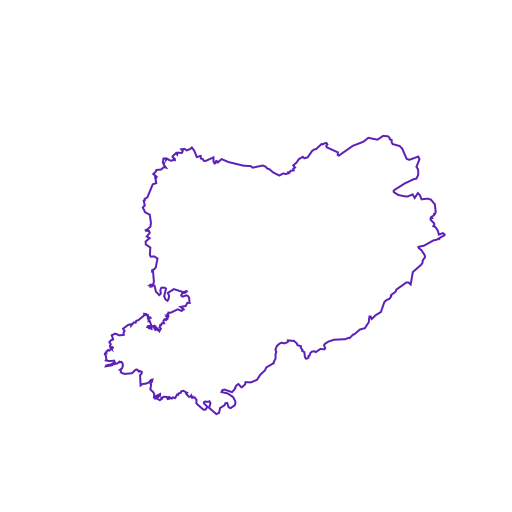 outline of Chuadanga, Khulna, Bangladesh, rotated 42°
{"feature_id": "16705992B19758630986204", "entity_name": "Chuadanga", "entity_type": "district", "adm_level": 2, "iso_a3": "BGD", "parent_name": "Bangladesh", "parent_adm1": "Khulna", "projection": "orthographic", "projection_center": [88.863, 23.601], "detail": "fine", "context": "isolated", "style": "outline", "palette": "violet", "viewbox_px": 512, "rotation_deg": 42, "n_neighbors": 0, "source": "geoboundaries", "source_scale": "gbopen_adm2", "svg_char_len": 6128}
<svg xmlns="http://www.w3.org/2000/svg" viewBox="0 0 512 512"><g transform="rotate(42 256 256)"><path d="M390.0,173.7L383.3,163.0L384.6,151.8L384.3,149.7L382.9,147.8L382.4,143.8L380.8,142.5L375.1,141.0L371.5,141.2L370.6,140.5L373.9,136.0L377.5,125.5L379.4,123.0L380.0,120.8L380.7,120.8L380.6,118.8L382.2,114.7L381.7,113.7L379.5,114.0L377.6,117.7L373.9,115.4L369.7,114.4L367.9,115.2L367.3,113.0L366.1,112.5L361.6,112.3L360.6,111.1L361.5,110.0L360.2,109.7L361.0,106.4L360.2,105.6L360.9,104.6L359.8,102.8L354.3,97.9L348.2,97.1L345.2,98.5L341.1,103.1L337.1,101.2L334.2,100.9L335.1,106.7L331.2,105.4L328.8,110.4L326.2,112.4L320.8,115.5L315.7,116.3L314.7,115.6L314.9,113.5L318.0,102.5L321.9,93.1L323.4,91.4L322.4,87.5L320.9,85.6L318.7,83.3L315.5,82.3L312.8,74.8L310.1,73.5L305.6,81.9L302.9,83.0L292.9,78.4L289.0,78.2L282.7,81.4L280.7,80.7L279.2,79.0L277.3,79.7L276.2,78.8L273.9,78.8L270.1,81.7L268.4,88.3L260.4,93.0L259.4,99.1L254.2,109.4L250.4,126.0L249.2,126.3L247.5,124.2L235.8,127.9L234.4,127.0L234.4,125.3L233.1,124.9L232.1,125.3L230.7,128.6L229.8,128.8L229.1,136.4L227.9,138.0L227.4,140.6L228.4,148.1L226.5,151.0L224.4,151.0L223.0,155.5L223.6,159.3L223.1,163.8L225.8,164.1L225.3,166.2L226.7,167.1L224.7,169.6L225.1,171.6L223.9,172.2L224.6,173.2L222.9,175.5L221.0,176.4L219.5,180.6L213.0,182.4L207.8,182.6L205.6,183.5L203.2,183.2L200.4,184.3L194.4,192.6L192.0,192.7L186.2,197.3L172.7,204.6L165.6,207.0L165.1,212.0L163.3,211.6L162.8,212.5L163.7,213.9L163.3,215.0L161.3,214.3L158.4,211.2L154.9,219.2L153.4,220.2L151.7,219.6L149.8,220.4L147.9,218.7L145.8,222.1L139.7,219.1L135.7,218.3L135.6,220.2L134.0,223.8L131.1,224.3L129.1,226.7L131.3,226.9L132.0,228.9L128.5,231.8L129.5,233.3L127.7,233.1L127.3,237.6L128.0,238.3L130.8,238.2L131.6,239.1L130.1,239.9L129.8,241.3L128.4,242.5L124.8,243.2L124.9,245.0L123.6,243.9L122.0,245.5L124.3,248.9L125.5,248.2L126.1,249.8L129.9,250.6L128.1,251.5L127.6,255.3L124.4,258.7L125.1,260.4L124.8,263.8L129.2,263.6L129.6,264.8L128.2,264.8L133.1,268.6L131.3,271.8L136.0,285.0L135.1,288.3L136.0,289.0L135.6,290.0L139.5,292.9L139.4,295.7L144.4,297.7L149.4,296.4L155.6,301.5L157.8,304.6L157.7,308.3L156.7,310.6L157.3,310.9L159.8,309.0L161.5,309.8L161.8,314.6L165.0,313.9L164.3,319.1L166.4,321.2L171.8,320.4L176.4,326.2L178.2,326.9L180.7,324.4L184.5,323.8L189.1,331.4L189.2,334.1L188.3,336.1L189.3,337.2L190.0,336.5L197.5,343.6L198.7,346.3L196.8,347.9L196.6,348.9L198.2,347.7L197.6,349.0L198.1,349.5L199.1,348.1L199.1,346.5L200.3,345.9L205.4,349.4L210.3,349.8L210.4,347.5L207.8,345.5L206.9,342.9L209.1,340.8L210.9,340.4L214.7,347.4L217.8,348.8L220.2,348.5L219.9,346.6L217.9,343.6L215.2,342.5L217.1,335.6L226.1,331.5L228.4,327.8L228.0,330.5L226.1,333.2L226.9,335.5L228.7,335.3L230.5,331.9L232.1,331.3L234.1,331.7L238.1,335.3L236.3,336.8L237.2,340.2L234.0,344.3L238.8,343.9L237.4,344.7L237.5,346.6L233.6,347.9L230.6,355.1L228.8,356.7L229.5,357.5L229.1,358.4L230.4,358.9L229.6,359.8L230.7,359.6L230.2,360.7L231.5,360.4L232.1,361.7L231.3,361.8L231.1,363.8L233.0,363.3L230.3,364.4L230.8,366.5L232.7,367.5L231.0,369.1L231.8,370.8L231.0,371.3L232.0,373.4L233.9,373.6L234.5,376.6L233.0,376.1L232.8,377.6L232.5,376.3L231.5,375.9L230.7,378.3L228.5,377.6L230.3,377.2L230.3,376.0L227.3,375.6L225.9,377.9L226.0,379.1L227.1,380.1L226.3,380.4L225.3,379.0L224.5,380.6L225.7,381.4L224.3,381.2L224.0,380.2L222.8,381.3L222.6,380.3L225.3,377.9L220.2,375.4L219.8,376.3L218.2,374.5L219.0,372.5L218.1,372.5L217.2,374.4L215.4,372.3L214.6,373.2L213.6,372.5L212.6,373.1L213.2,373.6L211.7,374.0L212.6,375.2L211.5,382.4L210.4,384.3L211.2,386.1L209.6,387.1L209.8,391.4L208.7,390.4L207.2,392.5L205.8,399.0L208.6,399.8L208.7,401.3L210.5,403.1L207.6,406.4L203.4,407.8L201.8,411.4L205.7,413.6L204.6,415.9L204.7,418.2L207.1,418.7L207.5,420.4L209.4,421.7L209.8,420.0L211.7,419.6L210.6,420.4L210.5,421.3L211.3,421.8L210.6,421.8L210.2,424.7L209.1,424.7L208.8,425.7L208.9,427.6L209.9,428.3L209.0,428.8L209.4,430.2L211.0,430.5L213.9,432.9L214.2,434.1L217.3,432.3L220.6,428.7L222.1,429.4L220.9,433.3L217.9,437.6L218.2,438.5L222.2,433.5L222.3,432.1L224.8,428.6L225.3,425.8L226.0,426.0L226.7,424.8L228.4,424.9L230.6,426.7L231.6,429.0L231.1,431.5L231.8,431.1L233.3,432.9L235.4,432.4L237.3,431.5L242.3,426.1L242.6,421.3L243.3,420.1L246.2,420.2L245.9,419.5L248.6,418.5L249.6,419.7L249.6,422.1L256.8,429.4L257.3,427.0L259.4,424.8L260.9,421.8L260.9,418.2L261.7,417.1L262.8,419.0L263.1,421.6L264.2,421.9L266.7,425.8L271.0,426.0L273.0,426.9L274.6,429.1L277.1,422.8L278.2,424.1L276.9,428.3L276.1,428.7L276.4,429.4L277.9,428.2L281.0,427.5L281.9,424.0L280.3,425.8L281.6,422.4L284.1,420.4L286.1,421.4L287.0,420.1L285.6,419.5L285.7,418.9L288.9,418.2L288.9,416.6L291.0,415.7L290.1,411.6L291.0,411.2L290.5,409.9L291.6,408.0L291.0,406.5L292.2,404.8L296.4,403.8L296.3,405.1L300.3,405.5L301.5,404.2L301.3,403.3L302.1,403.9L302.8,403.0L303.6,404.0L305.0,402.1L308.2,402.8L309.9,405.1L311.4,405.5L319.6,405.4L321.2,404.2L320.9,400.6L315.8,400.3L315.2,399.7L315.6,398.1L317.8,396.7L318.6,395.1L320.5,395.7L322.8,400.2L332.4,400.0L333.5,397.2L331.0,393.0L332.5,388.0L331.8,385.9L332.9,384.5L336.9,386.7L338.9,386.1L340.1,381.1L339.2,379.2L337.7,377.7L333.5,376.2L326.9,377.1L321.4,380.2L320.7,378.4L321.9,376.4L329.3,373.2L329.3,368.4L328.6,368.0L328.1,364.9L328.6,362.9L332.8,363.4L333.4,362.9L333.8,358.7L332.6,356.8L336.8,353.3L339.6,347.3L338.6,341.5L339.2,335.0L338.2,331.9L340.9,323.7L340.2,323.2L339.2,319.2L336.3,316.0L335.3,313.7L333.1,312.6L331.7,308.8L332.1,305.4L333.0,303.3L335.4,302.1L336.7,299.9L337.1,298.0L336.2,297.3L341.1,293.7L344.7,293.6L346.5,294.5L349.7,293.0L350.9,294.3L353.3,294.7L353.7,295.6L356.3,295.1L359.9,298.3L361.7,298.9L362.5,298.2L363.0,296.6L361.9,295.2L362.4,294.1L361.4,291.8L361.5,289.5L363.4,287.6L364.7,287.5L366.1,282.0L369.4,279.4L368.9,278.0L366.3,276.9L366.0,275.1L367.1,271.1L370.0,266.0L378.1,258.0L379.4,255.0L380.5,254.4L380.7,249.4L381.4,248.7L382.4,241.1L385.2,236.8L384.1,229.8L380.8,225.1L381.6,224.3L384.1,225.4L384.6,219.6L386.3,214.1L382.2,204.3L382.4,201.5L383.8,198.7L383.5,195.6L382.5,194.9L383.6,189.3L382.8,186.9L385.5,175.0L387.0,173.7L390.0,173.7Z" fill="none" stroke="#5b21b6" stroke-width="2"/></g></svg>